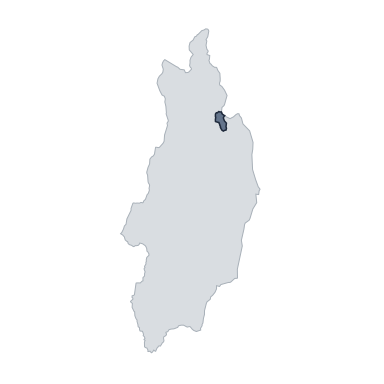 O'rgon, Dornogovi, Mongolia (highlighted), rotated 275°
{"feature_id": "93677404B69643129623236", "entity_name": "O'rgon", "entity_type": "district", "adm_level": 2, "iso_a3": "MNG", "parent_name": "Mongolia", "parent_adm1": "Dornogovi", "projection": "robinson", "projection_center": [110.987, 45.045], "detail": "fine", "context": "in_parent", "style": "filled", "palette": "slate", "viewbox_px": 384, "rotation_deg": 275, "n_neighbors": 0, "source": "geoboundaries", "source_scale": "gbopen_adm2", "svg_char_len": 4806}
<svg xmlns="http://www.w3.org/2000/svg" viewBox="0 0 384 384"><g transform="rotate(275 192 192)"><path d="M29.4,161.9L30.7,161.9L32.6,160.7L33.0,159.1L33.7,158.2L38.2,157.7L40.2,158.2L40.6,157.2L41.0,157.0L42.0,157.9L43.0,157.5L43.8,157.1L44.6,155.9L46.1,156.1L48.9,154.8L49.0,152.4L50.1,151.8L52.5,151.4L52.9,150.3L53.4,150.0L55.2,149.7L58.3,148.5L59.7,148.4L60.9,147.3L63.7,145.9L67.7,145.3L68.1,144.6L71.9,142.4L75.8,142.3L77.1,140.5L77.7,140.3L80.1,142.5L81.3,142.2L81.8,141.4L83.4,141.4L83.9,142.9L84.8,143.6L96.3,144.2L96.6,144.7L96.9,148.4L98.8,150.0L99.2,150.9L102.4,150.6L104.1,152.0L106.9,151.9L108.3,152.3L111.0,151.0L111.7,151.0L112.5,151.7L113.8,151.2L116.2,152.4L118.2,152.2L119.1,152.7L120.2,152.3L123.0,152.7L125.1,154.6L126.6,154.5L128.5,153.2L129.1,152.3L131.8,151.8L133.3,151.0L134.4,150.2L136.1,147.3L136.6,144.4L135.3,144.0L134.2,143.1L133.7,141.5L133.7,140.4L132.5,138.8L132.7,137.9L133.6,136.5L134.1,134.2L135.1,132.9L137.0,132.2L137.2,131.3L138.5,129.6L141.4,128.5L143.2,126.6L144.2,124.5L145.6,125.6L149.2,127.0L152.2,127.6L154.1,129.1L159.5,129.5L168.4,132.9L170.3,132.7L175.6,134.1L176.0,134.6L175.9,137.2L176.2,137.9L176.3,140.7L177.2,142.1L176.9,143.8L177.3,144.3L178.6,144.5L180.7,146.3L185.4,147.5L186.8,148.6L190.1,149.4L191.8,148.9L194.6,149.2L195.6,149.0L197.4,147.7L198.6,147.3L204.9,146.3L206.7,145.4L207.9,145.2L212.8,146.1L216.2,147.3L221.1,147.2L223.4,148.7L224.4,150.1L226.3,151.3L233.1,151.8L233.5,152.1L233.3,155.1L233.6,155.6L238.0,158.9L240.1,159.8L246.4,159.7L256.1,161.8L258.4,161.1L260.5,162.2L261.3,162.1L267.6,159.4L268.6,159.6L275.1,158.5L279.3,157.1L282.5,157.3L285.0,156.1L286.0,153.7L290.1,151.1L297.3,147.7L301.8,148.2L304.5,149.4L307.3,151.8L308.8,152.5L311.8,152.7L315.9,151.0L318.1,151.4L320.1,152.2L321.5,153.4L315.3,166.0L315.2,166.8L313.2,169.4L313.0,173.6L310.3,175.1L310.7,177.5L311.3,178.4L314.3,180.8L315.3,180.5L316.1,179.5L317.6,178.6L320.5,178.8L323.0,178.5L326.2,179.3L329.1,181.2L333.3,176.9L337.1,176.4L340.7,177.0L343.5,179.9L346.8,181.2L347.7,182.9L349.1,183.5L349.5,184.3L353.6,187.7L354.5,189.9L355.7,191.4L355.7,193.0L355.4,193.8L353.8,194.7L348.2,194.2L344.9,192.7L343.7,193.6L339.4,193.2L337.0,193.9L335.3,194.5L334.4,195.5L333.6,195.8L332.9,195.7L331.6,194.9L330.5,194.9L330.2,195.1L329.5,197.8L325.8,197.8L324.6,197.4L321.6,198.7L321.1,199.7L319.5,201.2L318.1,203.9L318.4,205.0L318.0,205.8L315.3,207.2L312.7,209.4L307.4,210.2L304.9,210.4L303.0,209.9L301.1,210.2L299.7,212.6L296.2,215.6L291.2,218.5L282.0,216.8L280.8,216.3L278.9,214.5L273.5,214.4L272.0,215.6L270.7,217.5L268.4,223.5L270.5,226.8L273.0,229.1L274.0,230.6L274.0,232.0L272.3,232.6L270.0,234.8L264.3,236.8L257.9,244.1L246.7,248.5L239.8,248.8L234.4,248.4L219.6,250.4L209.9,254.3L202.8,257.6L201.2,259.2L200.4,259.5L199.2,258.8L195.3,258.6L195.4,255.8L187.0,257.4L180.4,254.1L170.8,252.1L168.9,251.4L165.7,247.7L164.0,247.2L159.8,247.0L148.2,245.4L142.6,246.8L119.0,243.9L110.3,244.8L110.0,244.5L109.6,242.1L105.7,238.5L105.2,237.6L105.1,236.2L102.3,228.8L100.3,227.7L100.8,224.6L97.7,224.9L94.2,223.7L90.8,221.5L89.2,219.8L86.7,219.5L83.8,216.5L82.3,216.0L74.9,214.8L71.1,215.1L67.0,214.4L62.4,214.3L61.0,213.6L59.6,213.7L57.0,212.4L55.2,212.7L53.4,208.5L54.2,205.9L55.2,204.3L57.6,202.0L57.7,201.1L57.0,199.0L58.6,195.2L58.4,192.8L57.5,190.2L55.9,189.6L54.1,185.9L53.6,183.1L52.9,181.2L50.7,180.0L50.1,178.4L49.4,178.2L48.8,178.8L47.5,179.0L46.2,177.9L45.5,176.7L44.7,176.4L43.2,176.5L41.7,177.0L40.3,176.8L39.1,175.6L35.8,174.0L35.8,172.7L35.4,171.9L34.4,171.6L33.4,170.7L30.2,169.7L30.2,169.1L31.2,167.7L29.1,166.6L28.3,165.5L29.8,164.0L29.3,162.9L29.4,161.9Z" fill="#d9dde1" stroke="#a8b0b8" stroke-width="1"/><path d="M256.2,216.4L255.9,217.0L255.4,217.9L255.7,218.3L256.5,219.7L256.5,220.1L256.7,220.4L256.7,220.5L258.5,220.8L259.9,220.2L263.6,220.3L264.7,219.1L265.5,218.2L266.1,217.9L267.3,217.3L268.2,216.9L268.9,216.8L270.2,217.4L270.9,217.8L270.9,217.7L271.1,217.4L271.2,217.2L271.3,217.0L271.4,216.9L271.5,216.8L271.5,216.7L271.8,216.1L271.9,215.9L272.0,215.8L272.1,215.7L272.3,215.5L272.3,215.4L272.5,215.2L272.9,215.0L273.2,214.8L273.3,214.8L273.3,214.7L273.6,214.6L274.0,214.4L274.2,214.2L274.3,214.2L274.2,212.5L274.5,211.7L273.9,211.1L273.0,210.2L273.1,209.4L272.2,208.8L271.8,208.6L271.2,208.6L269.5,208.7L269.4,208.7L269.2,208.8L268.8,209.0L268.7,209.1L265.9,209.0L265.5,209.1L264.7,209.1L264.2,209.3L263.7,211.7L263.6,212.6L263.4,212.7L263.4,212.8L263.2,212.8L263.0,213.0L262.9,213.0L262.7,213.1L262.5,213.3L262.4,213.3L262.2,213.5L261.9,213.6L261.7,213.6L261.4,213.7L261.4,213.8L261.2,213.8L260.9,213.9L260.8,214.0L260.7,214.0L260.4,214.2L260.4,214.3L260.2,214.4L259.9,214.5L259.7,214.5L259.4,214.6L259.2,214.7L258.9,214.7L258.9,214.8L258.7,214.8L258.4,215.0L258.2,215.0L256.2,216.4Z" fill="#64748b" stroke="#1e293b" stroke-width="1.5"/></g></svg>